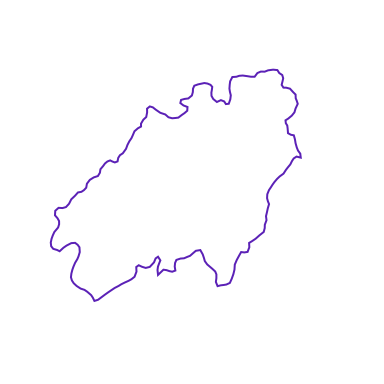 Paraguaçu, Minas Gerais, Brazil (Robinson projection), rotated 223°
{"feature_id": "56859067B60579202812316", "entity_name": "Paraguaçu", "entity_type": "district", "adm_level": 2, "iso_a3": "BRA", "parent_name": "Brazil", "parent_adm1": "Minas Gerais", "projection": "robinson", "projection_center": [-45.749, -21.568], "detail": "fine", "context": "isolated", "style": "outline", "palette": "violet", "viewbox_px": 384, "rotation_deg": 223, "n_neighbors": 0, "source": "geoboundaries", "source_scale": "gbopen_adm2", "svg_char_len": 3183}
<svg xmlns="http://www.w3.org/2000/svg" viewBox="0 0 384 384"><g transform="rotate(223 192 192)"><path d="M112.3,211.7L114.2,215.2L116.4,217.7L118.3,222.2L121.4,224.8L123.2,228.0L125.4,231.7L127.4,235.7L130.2,237.0L132.9,238.7L135.4,241.7L137.0,245.9L137.5,249.1L138.1,252.3L138.5,255.4L138.7,259.5L138.5,263.2L137.6,267.8L138.4,272.3L138.7,275.6L138.9,279.2L140.0,282.9L140.5,285.9L139.7,289.2L135.9,291.3L139.0,293.9L142.7,294.6L145.7,296.0L149.5,298.3L152.6,300.7L156.2,302.9L158.7,301.3L161.9,300.5L165.4,303.7L167.7,305.6L170.3,306.3L172.5,308.2L171.7,311.2L171.1,315.9L171.4,320.1L173.2,323.7L174.8,328.6L177.7,330.2L180.1,331.3L182.7,333.9L186.1,334.0L190.8,334.4L194.3,332.5L196.3,330.7L199.5,331.5L201.4,334.9L202.9,337.4L205.8,339.1L209.3,338.5L212.7,339.4L216.1,336.8L219.3,332.9L220.9,329.6L223.8,327.0L225.3,323.6L224.8,319.0L227.5,316.5L230.6,314.4L234.3,311.8L236.7,309.2L238.1,306.6L240.9,303.6L239.6,299.0L237.6,296.2L235.1,293.1L232.4,291.0L229.6,289.2L227.2,285.9L225.3,281.6L227.2,279.4L230.2,280.2L233.5,278.9L235.2,274.8L239.9,274.5L243.3,275.6L245.6,277.9L247.3,280.5L248.9,282.7L251.5,283.0L254.6,281.9L257.3,280.1L258.9,277.8L261.0,274.8L262.8,271.3L261.7,268.2L259.5,265.6L257.9,262.5L258.5,257.9L260.9,255.0L262.8,251.9L261.2,249.1L257.2,249.5L253.3,251.1L250.9,248.2L251.3,244.5L252.0,241.4L252.7,237.1L254.8,234.6L256.8,232.4L260.2,230.6L264.4,230.5L269.2,228.3L274.7,227.5L278.4,227.2L281.2,225.8L281.7,222.3L279.1,219.6L276.6,215.6L276.9,211.7L275.9,207.2L273.9,205.1L275.0,201.8L275.5,197.2L274.0,193.1L273.0,190.1L272.4,186.3L271.3,182.4L269.7,178.6L269.0,173.1L269.8,169.8L269.2,166.6L267.3,163.6L268.6,161.0L271.0,160.0L273.4,159.3L274.7,156.6L275.1,153.5L274.7,150.3L274.5,146.2L272.5,143.3L271.7,139.5L273.8,135.7L275.0,131.2L274.5,126.4L272.3,123.0L272.3,119.7L273.0,116.7L275.1,113.9L275.0,109.5L275.3,104.3L273.9,99.5L273.9,95.0L275.7,92.0L278.8,89.4L279.2,85.0L276.3,81.5L272.5,81.1L269.4,80.1L267.2,77.8L265.7,74.7L265.4,68.9L264.2,65.3L262.8,62.0L260.8,58.7L258.0,56.3L254.7,55.8L251.1,57.6L248.4,58.4L248.0,63.6L247.2,67.3L245.4,72.3L242.8,75.1L239.6,75.4L236.6,74.8L233.1,71.5L231.1,67.5L230.1,64.7L229.2,60.5L227.8,56.6L226.5,53.6L224.6,50.1L222.4,47.1L219.5,45.4L216.3,44.6L212.3,44.6L207.6,45.4L203.9,47.1L200.6,47.6L195.4,47.8L192.5,47.1L189.1,45.8L187.2,49.1L186.4,53.5L185.7,57.4L184.9,61.3L184.1,64.8L183.1,69.1L181.6,73.3L180.8,76.3L179.4,80.0L177.8,83.8L176.8,86.9L176.2,90.8L178.3,95.9L181.6,99.1L181.0,102.1L177.6,103.2L174.1,104.9L171.8,108.4L171.8,114.6L173.3,118.6L172.7,121.5L168.5,120.4L167.3,117.3L166.0,114.2L164.0,111.4L160.3,108.2L159.9,115.7L157.3,117.5L154.6,118.7L152.1,120.2L150.6,123.2L153.8,125.7L156.0,128.6L157.1,131.7L155.0,135.5L152.6,138.1L151.3,141.1L149.9,144.0L149.5,148.0L149.1,151.6L146.3,155.2L141.6,153.7L138.1,151.8L135.5,150.2L131.5,149.4L124.7,149.7L120.8,149.7L118.0,148.4L115.4,145.6L113.2,142.5L109.1,140.6L107.3,143.4L105.5,145.5L103.8,147.7L102.3,151.3L103.8,155.7L105.7,160.1L108.0,164.2L111.2,168.1L112.9,172.8L114.2,177.8L115.1,181.6L112.5,183.5L110.5,186.1L112.4,190.7L115.5,193.7L114.6,196.9L113.6,201.2L113.1,206.5L112.3,211.7Z" fill="none" stroke="#5b21b6" stroke-width="2"/></g></svg>